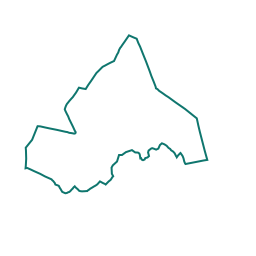 the district of Al-Hamza, Al-Qādisiyyah, Iraq, rotated 204°
{"feature_id": "34846034B52721484909076", "entity_name": "Al-Hamza", "entity_type": "district", "adm_level": 2, "iso_a3": "IRQ", "parent_name": "Iraq", "parent_adm1": "Al-Qādisiyyah", "projection": "equal_earth", "projection_center": [44.892, 31.592], "detail": "fine", "context": "isolated", "style": "outline", "palette": "teal", "viewbox_px": 256, "rotation_deg": 204, "n_neighbors": 0, "source": "geoboundaries", "source_scale": "gbopen_adm2", "svg_char_len": 2787}
<svg xmlns="http://www.w3.org/2000/svg" viewBox="0 0 256 256"><g transform="rotate(204 128 128)"><path d="M205.2,49.5L204.8,49.8L204.2,50.4L203.8,50.5L202.0,50.5L201.3,50.5L200.0,50.5L196.3,50.4L194.1,50.4L192.8,50.4L189.6,50.4L184.1,50.0L179.3,50.0L177.6,50.0L177.0,50.0L175.8,49.4L174.9,49.2L172.4,47.9L171.8,47.2L171.3,46.8L168.9,47.0L168.2,47.0L167.7,47.0L166.6,46.1L165.7,45.4L164.7,44.8L163.8,44.1L162.9,43.5L162.4,43.1L162.1,42.9L160.9,42.9L160.1,42.9L159.5,42.9L159.1,42.9L158.5,43.0L157.2,44.0L156.4,45.1L155.7,45.6L155.4,46.1L155.0,47.0L154.8,47.6L154.4,49.0L153.9,50.0L153.7,51.0L153.5,51.9L153.0,52.7L152.9,53.0L152.4,52.7L151.0,52.2L149.6,51.8L148.4,51.4L147.5,50.9L147.1,50.8L146.6,50.8L145.9,50.9L144.3,51.4L142.5,52.3L141.0,53.1L140.1,53.6L139.6,53.8L139.3,54.7L138.8,55.3L138.4,56.1L137.8,57.2L136.3,59.3L135.3,60.8L134.7,61.5L134.5,61.9L133.8,62.8L133.1,64.1L132.7,65.3L132.2,66.9L131.9,67.8L128.4,67.5L127.7,67.5L127.4,67.5L126.6,67.5L126.2,67.5L125.4,67.3L125.0,68.4L124.8,69.0L123.9,71.4L123.1,72.9L122.7,73.8L122.6,74.6L122.4,75.9L122.4,76.4L121.9,77.9L124.1,79.6L126.9,85.1L126.7,87.7L124.4,92.9L125.2,99.7L122.5,100.9L120.1,105.1L115.4,109.4L111.5,108.6L108.9,109.6L107.3,109.3L106.3,108.3L104.4,105.3L103.8,105.8L102.5,104.7L101.2,104.7L100.0,106.0L100.0,107.5L98.2,109.0L97.4,110.9L99.7,113.8L100.0,115.8L98.5,118.6L97.7,119.4L96.1,119.6L93.5,119.7L91.9,121.5L91.9,125.4L90.8,127.8L88.1,127.9L85.5,127.5L82.9,126.3L80.9,126.0L79.6,125.2L77.1,124.8L75.1,123.9L72.3,121.6L71.6,121.3L71.5,121.2L71.1,123.3L70.1,126.1L69.9,126.5L68.0,125.4L66.6,124.5L64.9,122.8L63.0,120.3L61.4,118.8L60.8,118.5L50.1,126.0L45.7,129.1L42.6,131.1L48.4,138.1L60.8,153.7L64.7,158.8L67.1,162.1L69.1,164.8L73.0,165.8L83.7,168.6L95.2,170.8L103.5,172.6L106.9,173.1L109.7,173.7L112.9,174.3L114.7,174.6L116.9,175.5L118.6,175.6L119.5,176.9L123.1,180.5L127.8,185.0L131.1,188.5L138.5,196.0L144.5,201.8L150.0,207.2L153.2,209.9L156.4,213.1L159.6,213.0L162.3,213.0L164.8,213.0L166.2,205.4L167.1,200.9L167.3,199.4L167.7,198.2L167.9,195.7L167.6,192.9L167.9,190.6L168.0,183.5L170.6,180.5L172.6,178.0L174.5,175.5L175.5,174.3L176.1,173.5L176.8,171.7L178.3,167.7L179.2,165.5L179.7,162.7L180.9,155.8L181.8,151.4L182.5,146.4L186.0,145.5L189.2,144.9L189.3,144.3L189.6,141.5L189.9,139.1L190.6,135.8L191.0,133.7L191.7,131.7L192.6,128.8L193.2,126.4L193.4,125.8L193.6,124.9L193.7,123.3L193.6,121.3L193.4,119.4L192.2,118.2L189.7,116.1L187.4,114.3L185.3,112.2L178.8,106.8L175.4,103.8L174.2,103.0L173.9,102.3L174.3,101.3L175.1,100.9L176.1,100.7L178.1,100.2L179.7,99.7L181.8,99.6L183.6,99.1L186.6,98.5L192.1,97.4L199.6,95.7L203.8,94.8L208.8,93.8L211.3,92.9L211.4,92.7L211.3,91.9L211.0,83.7L210.8,78.2L213.4,68.4L212.0,65.8L208.5,58.5L206.1,52.2L205.2,49.5Z" fill="none" stroke="#0f766e" stroke-width="2"/></g></svg>